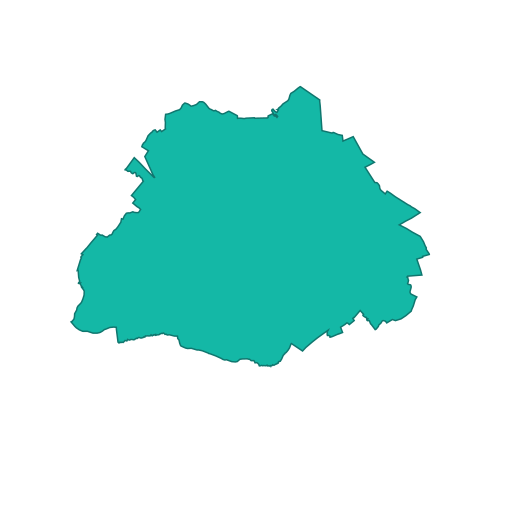 outline of IP, Salaj, Romania, rotated 36°
{"feature_id": "2599482B12205021786957", "entity_name": "IP", "entity_type": "district", "adm_level": 2, "iso_a3": "ROU", "parent_name": "Romania", "parent_adm1": "Salaj", "projection": "orthographic", "projection_center": [22.621, 47.222], "detail": "fine", "context": "isolated", "style": "filled", "palette": "teal", "viewbox_px": 512, "rotation_deg": 36, "n_neighbors": 0, "source": "geoboundaries", "source_scale": "gbopen_adm2", "svg_char_len": 6145}
<svg xmlns="http://www.w3.org/2000/svg" viewBox="0 0 512 512"><g transform="rotate(36 256 256)"><path d="M275.0,362.7L276.3,362.1L282.1,360.5L287.9,359.3L290.1,359.1L292.0,358.4L293.0,357.3L298.5,355.7L301.6,353.8L302.9,352.4L303.7,349.0L305.5,347.3L309.5,344.2L310.2,344.1L311.5,343.3L313.6,343.5L315.8,341.9L316.7,342.2L318.0,343.0L319.3,341.8L320.2,341.7L322.0,342.0L323.1,342.9L323.7,342.7L324.9,341.1L326.1,340.8L326.4,340.2L328.5,339.0L328.7,338.4L329.2,337.8L329.8,338.2L330.2,338.0L330.3,337.6L331.5,337.2L331.9,336.7L331.9,336.3L332.2,336.1L332.8,336.4L332.7,335.9L333.5,335.0L333.4,334.2L334.7,333.9L335.8,331.4L336.3,331.2L336.3,330.1L336.9,329.7L336.9,329.2L336.4,328.3L336.6,327.8L337.5,326.9L337.3,324.3L336.4,320.3L336.6,319.4L336.5,318.9L336.8,318.2L336.6,317.5L337.0,316.8L337.2,315.3L337.3,312.9L337.1,310.6L336.0,306.6L336.1,306.0L349.5,305.5L350.1,300.6L352.1,292.3L353.9,285.8L358.0,273.5L358.1,273.9L357.8,275.2L358.7,276.2L359.9,277.9L360.5,278.3L361.2,277.7L362.7,277.3L363.5,278.2L363.8,278.0L363.7,277.6L364.0,277.2L364.6,277.1L365.4,275.8L368.6,270.4L368.7,270.5L369.0,270.1L371.0,267.0L366.3,263.9L368.2,259.1L368.8,256.7L369.8,256.4L371.8,256.6L373.4,250.5L371.0,249.6L371.2,248.3L371.6,248.2L372.3,238.9L377.3,239.9L377.2,240.8L377.4,241.2L378.2,241.4L380.5,241.3L381.0,240.9L381.2,241.1L382.0,241.2L382.4,241.7L382.7,241.6L382.9,241.1L383.5,241.0L383.5,241.6L383.2,242.5L383.4,242.7L384.2,242.8L385.7,241.7L388.5,243.5L389.8,243.7L395.7,245.5L396.2,244.5L396.3,242.9L396.4,241.1L395.9,239.3L396.5,237.3L396.3,234.4L396.5,233.9L396.8,233.5L398.4,232.8L399.6,232.8L401.1,233.3L403.7,227.2L406.8,226.3L410.3,221.6L412.3,216.2L414.0,209.4L413.5,208.0L412.6,203.9L410.5,197.8L410.2,194.6L403.7,195.7L402.2,195.1L401.5,194.2L400.0,190.3L399.3,189.3L398.4,188.6L397.7,188.6L395.9,189.4L394.9,189.3L394.4,187.6L393.6,185.9L393.0,185.7L391.4,184.2L390.5,184.3L390.5,183.2L401.4,173.9L397.3,170.6L387.9,164.0L391.6,159.1L391.0,158.4L395.3,152.9L394.9,152.5L389.7,150.6L389.0,149.3L386.8,148.3L383.1,146.0L377.3,143.6L368.5,144.8L361.7,145.3L353.6,146.6L356.7,139.6L359.5,134.1L363.3,124.4L356.7,124.4L352.9,124.9L351.0,124.8L349.0,125.2L334.0,126.2L327.8,126.2L324.0,126.5L324.1,129.8L318.4,129.4L316.5,128.6L314.8,126.8L314.2,126.4L312.3,125.8L310.8,125.6L308.9,126.7L292.0,120.1L294.8,114.7L296.7,110.6L282.5,110.7L264.5,102.3L258.8,111.9L254.9,107.7L251.0,109.5L246.1,110.5L245.7,110.8L245.7,111.3L244.9,112.0L235.7,115.8L219.6,96.7L216.4,93.2L215.9,92.3L192.5,92.9L192.2,93.0L191.3,95.6L190.1,100.3L188.6,104.0L189.0,106.1L190.3,109.5L190.5,111.2L190.4,111.9L188.4,117.2L188.2,119.9L187.5,122.6L187.4,123.0L187.7,123.5L187.1,125.0L187.8,124.7L188.4,125.2L188.3,125.7L188.6,127.3L188.4,127.7L186.0,127.8L183.4,127.2L183.0,127.9L183.0,128.6L183.4,129.3L186.2,130.4L186.6,130.8L188.2,131.1L188.7,129.9L189.8,129.9L191.5,130.4L191.5,131.6L189.8,131.2L188.5,132.0L188.0,131.7L187.3,131.7L185.8,131.2L183.5,135.5L183.9,136.3L184.3,136.6L184.3,137.2L184.1,137.6L174.0,145.3L173.5,145.1L166.9,150.4L165.8,151.7L163.0,153.3L160.7,154.9L160.3,155.5L160.1,155.5L158.6,153.6L158.2,153.5L149.0,154.8L148.5,155.5L146.5,159.5L145.2,161.0L143.3,161.5L141.5,161.4L139.5,161.9L137.6,162.0L137.0,162.9L136.2,163.5L133.7,163.8L132.9,164.1L131.2,164.2L126.0,162.7L123.6,162.4L122.2,162.6L119.6,164.4L118.8,168.4L117.1,171.0L115.6,172.8L115.3,173.0L114.0,172.9L111.7,173.0L108.8,173.9L108.4,174.2L107.8,177.2L108.4,180.1L108.2,182.5L105.6,186.0L102.4,191.4L101.3,192.9L99.6,194.5L102.1,199.0L104.2,201.2L107.4,205.9L108.1,206.4L106.5,210.8L104.4,210.3L103.2,214.0L100.3,213.2L99.6,214.1L99.2,214.9L99.0,215.8L99.0,217.3L98.7,217.7L98.4,219.1L98.0,222.1L99.1,227.2L99.1,229.0L98.6,231.1L98.8,231.4L98.8,232.9L99.4,234.7L107.1,234.1L107.6,240.9L125.0,250.9L127.7,251.9L127.6,252.3L127.3,252.4L115.5,250.6L106.6,248.9L99.7,248.0L99.7,260.8L99.5,262.1L99.3,262.7L99.4,263.2L100.7,262.7L102.6,262.8L104.1,261.6L104.7,261.3L106.2,262.0L107.8,261.9L108.1,261.6L108.5,260.1L108.7,259.8L109.4,259.4L110.2,259.6L112.4,261.7L113.2,261.5L113.9,259.8L114.7,259.6L116.6,260.3L117.2,260.0L118.4,260.3L120.0,261.5L120.9,261.7L119.7,280.3L122.5,280.4L125.4,281.1L125.2,285.6L130.5,286.0L133.2,285.8L135.3,286.2L135.4,288.1L135.4,289.8L135.2,290.1L133.6,291.3L131.6,292.4L130.4,292.6L128.5,295.5L128.0,295.7L127.0,296.5L126.0,297.6L125.9,300.8L126.7,304.4L125.3,304.9L126.8,308.1L127.1,313.5L127.0,316.4L126.1,319.0L126.2,320.3L126.7,322.9L126.4,324.1L125.4,325.0L125.2,325.5L124.5,328.2L123.7,328.5L122.8,329.1L119.1,329.5L118.6,330.2L118.0,330.5L114.5,330.7L114.4,332.3L115.5,332.4L114.7,342.5L114.4,348.9L114.2,349.8L113.4,356.9L115.2,356.7L114.9,359.1L115.0,359.9L115.9,360.2L116.2,362.1L119.9,372.9L120.6,372.2L125.1,377.5L128.3,380.2L128.4,380.6L128.2,381.6L128.3,382.4L128.5,382.5L129.9,381.0L130.1,382.0L133.9,383.4L133.4,383.8L136.6,384.8L137.7,385.4L139.9,388.7L141.2,392.5L142.0,395.8L142.0,397.2L141.4,401.3L141.7,403.1L142.7,405.2L143.2,409.3L144.7,411.6L145.6,413.5L145.8,414.4L145.6,416.9L145.1,418.0L150.8,419.4L152.8,419.7L156.4,419.6L160.0,418.8L163.9,416.0L169.5,414.2L172.8,411.8L174.4,410.0L175.0,409.1L175.9,407.0L176.6,404.6L177.5,403.4L179.7,399.8L182.7,397.1L184.9,395.8L186.1,397.3L195.0,406.8L196.3,406.9L196.6,405.6L197.6,405.5L198.3,404.4L199.3,404.1L199.5,403.3L199.7,401.3L201.3,400.7L201.5,400.5L201.1,399.0L202.1,398.8L203.3,398.2L203.7,397.2L204.6,396.5L206.4,395.6L207.0,394.8L207.1,393.7L207.6,393.3L207.9,392.6L208.4,392.5L208.8,391.2L209.1,390.7L211.2,390.0L212.6,388.4L212.7,387.5L212.9,387.3L213.6,387.1L213.8,386.7L213.5,386.1L213.5,385.7L214.7,384.9L215.4,384.1L216.3,383.7L217.4,382.7L217.4,381.4L218.8,381.7L219.1,381.4L219.3,380.1L219.9,380.1L219.9,379.7L220.8,378.5L221.3,379.2L221.6,379.1L222.1,378.1L223.5,377.0L224.1,376.1L224.2,375.9L224.1,375.3L224.9,374.5L225.1,374.0L225.9,373.7L226.1,373.0L226.6,372.6L228.5,372.9L229.2,372.1L230.6,372.1L232.3,370.6L236.9,368.8L239.6,367.0L241.1,368.7L243.2,369.3L245.5,371.4L247.5,372.7L248.2,372.9L250.7,372.4L253.3,371.8L255.1,371.0L257.9,368.7L263.5,366.7L264.9,365.7L268.3,364.2L274.5,362.6L275.0,362.7Z" fill="#14b8a6" stroke="#0f766e" stroke-width="1.5"/></g></svg>